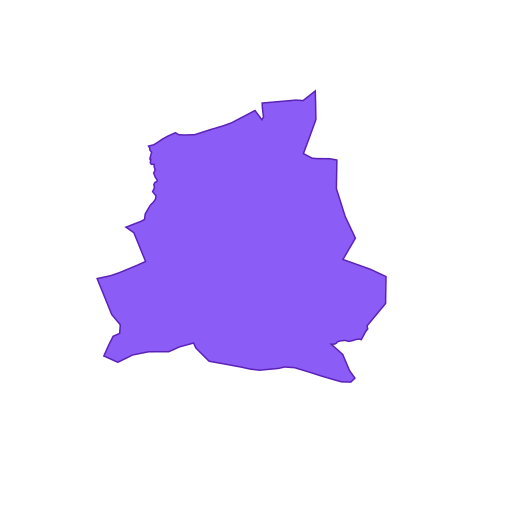 the district of Owerri Municipal, Imo, Nigeria, rotated 35°
{"feature_id": "59680162B94225169025314", "entity_name": "Owerri Municipal", "entity_type": "district", "adm_level": 2, "iso_a3": "NGA", "parent_name": "Nigeria", "parent_adm1": "Imo", "projection": "robinson", "projection_center": [7.015, 5.476], "detail": "fine", "context": "isolated", "style": "filled", "palette": "violet", "viewbox_px": 512, "rotation_deg": 35, "n_neighbors": 0, "source": "geoboundaries", "source_scale": "gbopen_adm2", "svg_char_len": 1644}
<svg xmlns="http://www.w3.org/2000/svg" viewBox="0 0 512 512"><g transform="rotate(35 256 256)"><path d="M307.6,355.5L316.3,351.9L324.4,347.5L338.8,335.3L343.1,330.5L351.8,325.3L366.2,320.6L379.4,316.5L384.4,314.8L392.4,312.1L398.3,310.0L406.0,304.9L407.1,299.3L398.5,296.3L383.5,286.9L368.2,285.1L371.0,283.0L371.9,281.0L371.8,279.7L373.7,277.3L377.0,274.3L381.0,272.7L382.2,271.5L383.9,269.6L385.7,267.1L388.0,264.9L390.2,264.2L389.6,258.6L389.2,255.1L389.3,252.3L389.4,251.7L387.0,249.5L389.4,220.6L374.3,198.3L357.2,201.3L329.2,209.0L327.2,184.4L306.4,172.5L283.2,154.7L267.2,131.0L260.6,134.0L250.6,140.9L245.9,143.7L236.1,144.9L230.9,125.0L226.8,109.9L217.0,96.4L209.9,86.8L205.4,101.7L199.4,105.3L173.3,127.2L176.2,130.9L182.5,138.0L182.6,141.0L171.7,137.4L159.6,160.9L154.3,168.4L146.8,177.8L136.2,191.8L127.9,198.0L123.0,201.0L119.3,201.2L115.0,208.4L112.4,213.6L109.9,220.3L108.4,223.6L104.9,227.6L106.8,228.4L108.5,230.2L111.0,230.9L111.7,232.9L112.5,235.1L113.4,237.4L114.3,237.0L115.0,238.5L115.9,240.2L116.6,240.6L117.7,240.9L118.6,240.3L120.1,239.3L121.3,241.3L122.9,242.3L124.3,244.0L124.5,246.7L126.5,248.0L128.4,249.3L131.5,250.5L132.1,251.9L131.0,253.6L131.3,256.0L133.7,258.4L134.4,262.6L139.6,264.1L141.1,267.2L141.0,271.3L140.3,274.4L140.5,277.9L141.1,285.0L143.7,290.1L141.7,293.9L138.5,298.6L132.9,307.0L142.6,307.0L168.7,323.8L163.2,333.0L153.5,348.2L148.3,355.4L138.8,365.6L171.4,386.7L184.3,390.2L188.7,397.6L185.0,403.7L186.5,413.8L188.7,425.2L203.8,422.3L211.7,407.8L223.0,396.0L239.4,384.5L245.3,374.5L254.8,363.1L259.6,365.9L277.9,369.1L307.6,355.5Z" fill="#8b5cf6" stroke="#5b21b6" stroke-width="1.5"/></g></svg>